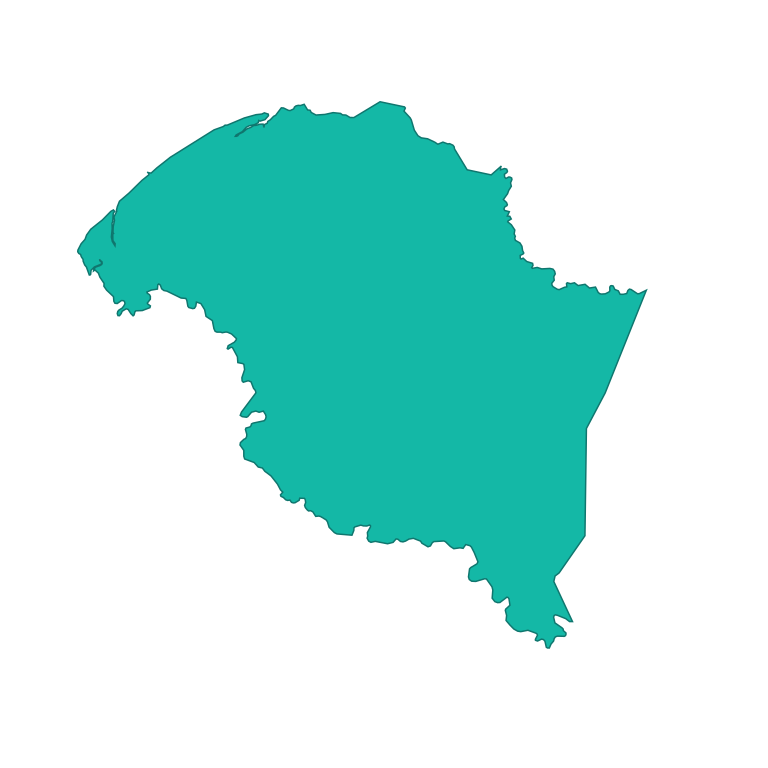 Los Santos, Los Santos, Panama, rotated 259°
{"feature_id": "35544464B37461869790758", "entity_name": "Los Santos", "entity_type": "district", "adm_level": 2, "iso_a3": "PAN", "parent_name": "Panama", "parent_adm1": "Los Santos", "projection": "orthographic", "projection_center": [-80.429, 7.876], "detail": "fine", "context": "isolated", "style": "filled", "palette": "teal", "viewbox_px": 768, "rotation_deg": 259, "n_neighbors": 0, "source": "geoboundaries", "source_scale": "gbopen_adm2", "svg_char_len": 6154}
<svg xmlns="http://www.w3.org/2000/svg" viewBox="0 0 768 768"><g transform="rotate(259 384 384)"><path d="M294.9,261.2L293.4,261.4L291.8,263.6L289.1,265.4L288.1,267.2L288.0,269.5L285.5,270.6L284.6,272.2L284.4,274.0L286.0,278.5L288.0,279.5L286.9,284.1L285.6,284.6L282.6,284.5L280.0,282.9L277.7,283.2L275.1,284.6L273.8,285.7L273.6,287.9L272.0,289.8L267.1,291.7L266.8,294.9L265.9,296.6L261.6,301.3L259.5,302.2L253.8,302.8L247.6,306.9L245.8,309.2L241.7,323.7L245.9,326.4L248.6,327.1L249.3,328.2L249.9,334.3L248.6,336.8L247.9,340.1L248.3,343.0L247.6,343.7L246.4,343.5L241.3,339.3L237.8,339.0L235.9,338.0L232.7,339.0L231.1,340.9L231.2,345.4L226.5,357.0L226.8,362.7L229.6,366.3L229.0,368.0L226.3,370.1L225.4,372.5L225.7,375.2L227.0,378.9L226.9,383.4L222.8,389.9L220.5,390.8L215.8,396.1L216.2,398.7L218.9,401.0L219.8,402.8L218.5,412.7L217.5,414.2L211.9,418.1L209.0,421.1L208.7,427.3L207.6,430.3L210.8,433.6L208.9,437.5L207.2,438.7L201.3,440.4L191.5,442.3L189.7,440.9L187.3,434.2L186.2,432.7L178.5,430.1L175.8,430.4L173.7,432.4L172.7,436.4L173.6,445.7L173.0,447.4L164.3,451.3L161.0,451.5L153.1,449.3L149.2,451.3L147.7,453.8L147.4,456.1L151.3,464.0L150.8,465.0L149.3,465.7L142.8,465.4L139.8,460.5L138.6,459.9L133.4,460.2L128.6,458.7L123.4,461.6L118.7,464.7L115.9,468.0L114.8,471.0L114.8,478.3L110.4,485.6L109.3,486.6L108.1,486.7L104.5,483.9L103.5,483.8L102.4,485.7L103.5,490.0L102.7,491.8L100.8,492.9L94.6,493.1L93.7,494.1L93.3,495.9L96.8,498.3L99.3,501.4L101.6,502.5L103.1,504.0L103.4,506.2L101.9,512.9L102.4,514.2L103.6,514.9L104.9,515.1L107.7,513.0L109.3,513.1L110.6,512.3L116.9,506.2L122.8,506.0L124.3,506.9L124.7,508.2L123.8,510.2L119.0,517.6L115.4,520.8L114.8,523.7L157.7,513.0L162.9,515.3L165.1,519.8L196.7,552.3L301.7,574.2L333.0,599.4L426.0,659.4L424.0,651.8L424.2,650.1L429.6,644.6L430.3,643.0L429.3,641.3L426.5,639.5L426.4,636.0L427.0,632.9L430.7,631.8L432.8,628.6L436.4,627.7L437.1,626.4L437.1,625.1L436.0,624.1L432.4,623.5L431.4,622.4L430.3,618.4L430.8,614.5L431.5,613.0L433.1,611.7L438.8,610.1L439.0,604.0L443.5,600.4L443.6,593.3L447.0,590.3L446.9,586.3L448.4,583.2L447.8,582.3L444.5,582.0L444.5,579.5L443.2,574.0L443.9,572.2L447.3,568.5L448.9,567.8L450.8,567.9L453.4,570.9L456.9,571.1L459.4,573.1L462.1,573.0L464.5,571.8L465.8,568.9L466.9,560.8L469.2,556.6L469.2,551.8L470.0,551.2L472.0,552.9L474.1,552.9L477.0,547.5L481.0,544.6L480.5,542.4L481.4,541.8L484.2,542.2L485.1,545.4L485.9,546.2L488.5,545.5L492.9,545.7L496.5,544.4L499.9,540.4L502.3,540.1L503.8,541.1L506.5,540.4L510.2,541.8L516.0,539.4L519.6,536.4L520.4,536.9L521.7,540.4L524.6,539.5L525.3,537.1L529.2,539.9L531.3,535.6L532.9,535.1L534.8,536.4L535.6,538.7L536.5,539.3L538.8,538.9L542.3,536.4L547.2,541.6L550.1,543.3L553.8,546.7L557.3,546.6L560.3,548.6L561.9,548.6L563.1,547.1L563.4,545.8L562.5,542.9L564.0,541.9L566.9,542.2L568.2,545.0L569.3,545.8L571.5,545.4L572.5,543.4L572.0,539.2L574.4,539.8L575.6,540.8L568.8,529.1L578.4,506.5L601.2,498.1L603.6,498.1L605.3,497.2L607.4,494.3L607.5,492.4L610.2,488.0L609.1,482.6L611.6,480.1L616.4,473.6L618.5,467.6L621.2,464.7L627.4,462.2L637.9,461.2L640.2,460.5L648.0,455.7L650.8,457.6L652.1,457.0L661.8,434.0L651.3,405.3L652.1,401.5L655.3,397.9L656.1,394.6L657.9,393.0L660.1,385.8L659.9,377.5L661.0,368.6L664.4,364.4L666.8,363.7L667.6,361.3L673.8,359.0L673.3,355.1L673.9,353.0L673.8,350.7L672.9,348.9L671.3,347.9L670.3,344.0L670.9,342.3L674.1,338.1L674.7,335.9L668.4,328.9L667.8,326.7L665.0,322.7L663.9,320.0L662.3,319.2L661.4,316.0L658.7,315.2L662.2,314.9L662.7,311.7L662.3,307.8L662.6,305.4L661.3,302.3L660.6,298.2L658.1,293.5L657.1,289.6L655.6,287.9L655.3,286.5L655.5,285.3L656.7,286.4L658.8,293.2L662.3,297.7L663.2,300.8L663.3,306.4L664.5,310.4L666.6,311.3L665.7,312.5L666.2,317.6L669.4,321.8L671.0,321.9L673.0,318.3L672.3,315.5L672.8,309.8L671.8,297.6L668.0,279.4L668.4,277.3L667.4,275.4L665.9,265.7L647.4,217.6L639.5,202.3L635.5,195.7L636.3,193.1L637.3,192.1L635.1,193.4L634.1,192.9L630.1,185.3L620.0,170.0L613.9,159.2L608.9,156.0L605.5,154.5L604.7,154.7L599.5,150.8L596.1,150.7L590.4,148.3L584.5,146.9L583.4,147.3L583.0,146.4L577.6,145.4L576.2,145.4L573.0,146.9L571.0,146.3L575.6,144.5L580.3,144.4L588.3,146.8L593.7,147.7L595.0,148.6L603.5,150.9L604.8,152.6L606.5,151.6L605.6,148.8L598.8,138.9L591.9,125.7L587.0,120.5L583.0,118.1L579.5,113.5L573.9,109.1L572.2,108.6L570.4,109.3L569.0,110.9L566.8,111.1L563.7,112.4L562.0,112.1L558.0,112.9L555.6,114.2L547.2,115.5L547.1,116.3L547.7,117.0L551.5,118.1L554.2,122.1L555.6,129.3L557.3,130.1L559.2,128.6L560.8,128.6L559.5,128.9L558.0,130.4L556.4,130.5L555.2,129.7L554.4,127.7L553.8,123.3L552.2,121.2L550.4,120.5L551.1,122.0L547.3,124.8L543.0,125.5L536.2,128.4L533.4,127.7L529.1,129.6L521.4,135.1L516.7,134.6L514.6,135.3L513.9,137.5L516.0,142.2L515.5,144.2L514.4,145.0L512.3,145.1L510.3,143.5L508.5,141.4L507.1,137.8L506.0,136.5L504.0,135.6L501.9,135.9L501.5,137.4L503.2,139.4L505.4,140.9L507.0,145.3L506.0,147.1L501.3,149.0L498.8,150.7L499.4,151.8L502.4,153.3L503.2,154.4L502.2,160.7L503.6,168.8L505.2,169.6L507.7,167.3L508.6,167.1L511.8,170.8L514.6,171.4L516.5,170.8L518.2,169.0L519.5,168.8L520.6,173.4L520.4,179.7L524.6,180.9L525.2,182.0L523.8,183.3L519.9,183.9L517.8,185.7L516.6,188.6L507.1,201.2L505.8,205.8L503.7,206.4L497.8,206.3L496.3,207.0L494.5,210.6L494.5,212.4L496.3,214.1L500.2,215.5L497.9,219.6L491.2,222.1L484.3,222.2L479.0,227.6L470.8,227.6L467.9,228.3L466.8,229.9L466.1,233.5L465.2,235.0L465.2,238.8L464.6,240.4L462.2,243.9L456.7,247.8L455.5,247.3L453.6,245.1L451.4,238.4L448.7,236.9L448.0,237.6L449.3,240.9L448.7,242.2L438.7,245.3L432.9,244.6L431.0,249.2L430.0,250.2L424.7,249.9L417.3,245.7L414.1,245.3L412.6,246.2L413.1,251.3L411.5,253.9L404.7,255.1L402.1,256.5L399.8,256.6L383.6,238.7L380.7,236.9L379.0,238.6L377.6,242.7L378.0,244.1L381.6,248.6L381.9,253.0L380.1,256.0L380.4,260.4L376.5,261.9L374.2,262.0L371.9,260.8L370.8,259.3L370.6,248.0L370.1,246.3L368.4,245.5L367.4,244.1L367.1,240.1L365.8,239.3L360.9,239.7L358.7,239.2L356.9,237.8L356.4,235.8L353.9,231.9L351.6,231.0L345.6,233.7L339.8,232.6L337.0,232.9L331.7,241.6L326.5,244.7L324.7,248.6L321.0,250.4L315.4,255.5L306.1,260.3L299.8,262.2L297.2,264.0L294.9,261.2Z" fill="#14b8a6" stroke="#0f766e" stroke-width="1.5"/></g></svg>